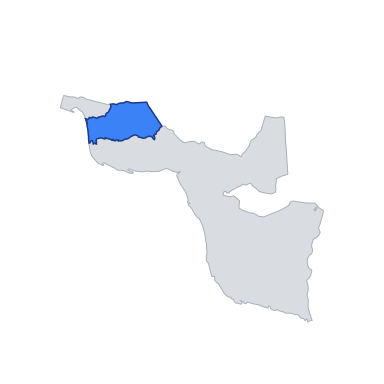 where Gaza sits in Mozambique, rotated 105°
{"feature_id": "MOZ-1207", "entity_name": "Gaza", "entity_type": "Province", "adm_level": 1, "iso_a3": "MOZ", "parent_name": "Mozambique", "parent_adm1": "", "projection": "albers", "projection_center": [33.324, -23.335], "detail": "fine", "context": "in_parent", "style": "filled", "palette": "blue", "viewbox_px": 384, "rotation_deg": 105, "n_neighbors": 0, "source": "natural_earth", "source_scale": "10m", "svg_char_len": 8400}
<svg xmlns="http://www.w3.org/2000/svg" viewBox="0 0 384 384"><g transform="rotate(105 192 192)"><path d="M117.1,258.9L119.5,256.9L135.5,238.9L136.5,238.2L135.2,235.3L137.3,231.8L137.6,226.4L138.2,225.6L140.7,223.8L144.1,218.2L146.2,213.9L146.4,211.9L143.4,206.1L142.4,202.9L143.3,200.2L143.7,197.7L143.2,196.8L141.3,195.8L141.0,194.7L141.0,193.3L141.4,192.6L143.7,191.4L144.2,190.7L146.1,183.9L145.5,178.8L145.4,173.0L145.9,166.9L145.7,163.5L144.2,159.6L144.0,156.7L145.1,154.8L145.3,153.6L141.6,153.0L139.7,151.3L132.7,148.8L127.2,148.5L122.7,144.6L119.1,144.0L114.6,141.2L100.2,140.9L99.7,140.6L99.0,131.9L98.4,129.1L96.6,126.1L96.1,124.0L96.2,122.5L104.1,119.3L119.6,114.6L123.1,113.1L149.8,104.1L150.5,104.6L153.2,109.1L157.6,114.2L158.7,113.5L165.1,112.7L166.1,112.1L168.0,111.6L170.3,111.4L171.0,111.7L173.4,114.9L174.1,120.8L174.2,124.8L173.9,127.7L172.0,131.0L170.5,135.1L168.5,137.4L168.6,138.5L170.8,141.0L171.3,142.0L171.2,144.2L171.5,145.1L173.5,146.4L175.0,148.5L180.7,154.6L182.1,155.7L183.3,156.0L183.8,157.2L183.5,158.6L182.6,159.4L182.9,160.5L184.0,161.4L186.6,161.3L186.9,160.9L186.9,155.6L186.0,152.5L184.9,151.0L187.2,145.3L188.4,143.7L192.7,143.1L194.7,142.6L195.5,141.9L196.2,140.1L196.8,135.0L197.1,130.2L196.7,127.4L197.4,123.2L198.4,120.6L197.9,120.0L197.6,116.5L187.0,102.2L180.8,95.8L179.8,95.1L176.4,94.6L174.6,92.2L173.2,79.6L171.0,70.4L174.7,64.4L175.9,60.6L176.7,60.0L179.7,59.8L190.7,60.1L193.4,60.5L194.6,60.1L197.5,57.8L199.8,57.9L203.0,59.4L204.7,60.8L204.9,61.9L207.0,62.6L211.0,62.8L213.8,62.3L215.7,61.0L217.6,60.4L219.5,60.3L221.0,60.8L222.0,61.9L223.9,62.6L226.7,63.1L229.9,62.6L233.3,61.0L235.3,59.2L236.4,56.3L237.1,55.9L241.8,55.8L244.4,56.4L247.6,58.4L253.3,55.3L256.9,54.3L260.3,54.4L263.1,53.7L265.4,52.2L267.7,51.3L272.5,50.3L275.7,48.8L284.9,42.8L285.8,44.7L287.5,46.5L285.0,48.2L287.0,49.5L285.4,51.2L285.2,52.5L285.8,53.7L284.8,55.7L283.4,57.2L283.0,58.4L284.0,60.6L283.3,64.4L284.8,70.7L284.1,72.8L284.2,77.8L283.5,79.6L284.6,80.2L285.1,82.3L284.4,85.7L282.4,87.0L282.1,88.5L284.5,88.6L284.3,93.0L284.0,94.2L284.4,95.7L283.7,97.3L284.2,104.3L284.0,109.4L284.1,110.2L286.1,111.2L286.0,112.6L284.5,114.3L284.5,117.0L286.1,114.9L287.0,115.0L287.7,115.9L287.6,119.0L287.9,120.5L287.7,121.8L285.1,124.2L284.9,126.7L283.9,127.0L283.5,127.6L284.0,129.0L283.9,130.3L282.1,134.1L273.6,142.9L273.3,144.5L271.1,147.4L268.9,147.7L267.6,148.5L268.5,151.1L257.4,157.2L256.3,158.1L254.5,160.4L250.9,161.5L247.1,161.5L246.4,162.0L237.6,164.8L235.8,166.1L232.1,167.4L226.2,170.4L221.4,173.4L215.9,178.0L215.1,180.4L212.5,183.7L208.6,187.5L206.3,190.6L206.1,192.1L204.7,192.5L203.6,191.1L203.1,193.7L202.2,193.9L201.2,193.3L196.4,196.0L192.8,199.1L187.7,205.1L180.3,210.9L178.6,211.0L176.4,209.0L175.1,208.8L176.9,211.0L176.8,216.0L175.8,221.8L175.9,223.1L180.7,229.3L182.9,236.5L183.1,240.2L185.4,245.0L186.4,252.1L186.0,258.8L187.2,259.9L187.6,258.9L187.9,254.7L188.5,253.6L189.2,253.8L189.8,256.1L189.9,258.5L189.0,263.7L189.2,265.8L190.3,269.3L188.9,273.4L186.6,284.7L187.1,285.5L188.2,285.7L188.6,284.5L189.2,284.5L189.5,285.3L188.6,289.7L187.7,291.7L184.5,296.4L182.8,298.4L180.0,300.4L173.5,303.5L160.6,308.0L152.4,311.6L145.9,315.8L143.1,318.7L141.9,321.9L139.8,325.3L141.7,328.2L144.1,330.2L145.2,326.8L145.8,326.8L144.7,340.9L135.9,341.2L133.4,340.7L131.9,340.8L131.8,334.9L130.7,330.5L131.1,327.4L130.9,325.7L129.1,324.6L128.6,321.2L129.6,318.5L129.4,296.9L126.2,286.4L121.8,278.8L121.5,275.1L119.5,266.7L117.1,258.9ZM177.0,69.6L178.2,69.1L178.4,68.0L177.6,67.5L177.0,67.6L176.6,69.3L177.0,69.6ZM176.3,67.7L175.3,66.9L174.6,67.1L174.4,67.8L175.1,68.7L175.9,68.7L176.3,67.7Z" fill="#d9dde1" stroke="#a8b0b8" stroke-width="1"/><path d="M136.9,238.5L137.6,239.1L138.5,239.7L138.8,239.8L139.9,239.8L140.3,239.8L141.0,240.1L142.9,241.6L143.2,241.7L143.4,241.8L143.8,241.8L144.8,241.7L145.0,241.7L145.3,241.8L145.6,242.0L145.8,242.3L146.0,242.5L146.0,243.1L146.4,243.2L146.8,243.2L146.9,243.4L147.3,243.6L147.6,243.7L147.8,243.4L147.9,243.1L148.1,242.8L148.5,242.4L148.8,242.2L149.8,241.8L150.2,241.7L150.5,241.8L151.2,242.0L151.1,242.4L151.0,242.6L150.9,242.8L150.4,243.4L150.1,243.9L150.0,244.0L149.9,244.2L149.6,244.4L149.3,244.8L149.1,245.1L149.0,245.3L148.9,245.5L148.9,245.8L149.2,246.8L149.2,247.0L149.1,247.4L149.1,247.6L149.1,247.8L149.2,248.0L150.9,250.3L152.1,251.2L152.1,251.3L152.2,251.8L152.2,252.1L152.3,252.4L152.8,253.2L152.8,253.4L152.8,253.6L152.8,254.0L152.5,255.2L152.5,255.3L152.6,255.8L152.6,256.1L152.6,256.5L152.8,257.5L152.8,257.8L152.8,258.0L152.7,258.1L152.2,258.3L151.9,258.5L151.8,259.3L151.7,260.0L151.5,261.1L151.5,261.3L151.5,261.5L151.7,262.0L152.7,263.6L152.9,263.7L153.0,263.8L153.2,264.0L153.4,264.1L153.6,264.4L153.7,264.7L154.0,265.2L154.3,265.5L154.9,265.8L155.0,265.9L155.1,266.0L155.5,266.3L155.8,266.5L156.0,266.6L156.1,266.8L156.2,267.0L156.3,267.1L156.7,267.4L156.9,267.5L157.1,267.8L157.4,268.3L158.0,269.2L158.1,269.5L158.1,269.9L158.1,270.2L158.1,270.3L158.3,270.5L158.5,270.6L158.7,270.9L158.9,271.0L159.1,271.3L159.3,271.5L159.5,271.7L159.9,272.0L160.0,272.0L160.2,272.3L160.6,273.0L160.8,273.3L160.9,273.5L160.9,273.8L160.9,274.0L161.2,274.5L161.3,274.9L161.3,275.4L161.3,275.6L161.5,275.9L161.8,276.1L161.9,276.3L161.7,276.5L161.2,276.6L160.9,276.7L160.9,276.8L160.8,277.0L160.9,277.3L161.1,277.6L161.1,277.8L161.2,278.0L161.3,278.2L161.4,278.3L161.5,278.4L161.5,278.7L161.6,278.8L161.7,279.0L161.8,279.0L162.1,279.0L162.3,279.2L162.6,279.7L162.6,279.8L162.5,280.0L162.4,280.1L162.4,280.3L162.5,280.5L162.5,280.8L162.4,280.9L162.3,281.0L162.2,281.1L162.1,281.3L162.0,281.5L161.7,281.7L161.7,281.8L161.6,282.0L161.8,282.1L162.0,282.0L162.1,281.9L162.3,281.9L162.5,282.0L162.7,282.5L162.8,282.6L162.8,282.8L162.7,282.9L162.6,283.0L162.5,283.3L162.3,283.7L162.3,283.8L162.3,284.2L162.2,284.6L162.2,284.9L162.2,285.1L162.2,285.4L162.2,285.7L162.2,285.9L162.2,286.0L162.3,287.5L162.2,287.8L162.3,288.0L162.2,288.1L162.2,288.3L162.0,288.5L162.0,288.8L162.0,289.0L162.1,289.5L162.1,289.8L162.3,289.7L162.5,289.7L162.9,289.8L163.0,289.8L163.3,289.8L163.3,293.8L163.4,294.1L163.4,294.4L165.5,298.0L166.4,298.0L167.1,297.9L167.3,297.8L167.5,297.7L167.8,297.5L168.0,297.5L168.2,297.4L168.4,297.3L168.5,297.2L168.8,297.2L169.2,297.1L169.3,297.0L169.6,297.0L169.8,297.0L170.2,296.8L170.3,296.7L170.4,296.8L170.5,296.8L170.6,297.0L170.4,297.2L169.9,297.7L169.8,297.9L169.7,298.1L169.9,298.4L171.1,299.7L171.2,299.8L168.7,301.1L168.5,301.3L168.3,301.4L168.4,301.6L168.4,301.9L168.5,302.2L168.5,302.4L168.6,302.6L168.8,302.8L169.1,302.9L170.4,303.0L170.9,303.2L171.4,304.1L169.2,305.0L168.7,305.1L166.9,305.9L165.9,306.0L162.2,307.4L158.8,308.7L156.3,310.0L154.3,310.7L151.9,312.0L151.2,312.2L151.5,312.0L151.7,311.8L152.0,311.6L152.1,311.3L151.9,311.4L151.2,311.7L151.1,311.9L150.9,312.1L150.4,312.1L150.1,312.2L150.3,312.6L150.6,312.5L150.4,312.9L150.0,313.1L149.1,313.5L148.8,313.8L148.7,312.9L148.8,312.5L148.9,312.1L148.8,311.7L148.7,311.4L148.6,311.1L148.4,310.9L148.2,310.8L147.9,310.7L146.7,310.6L146.6,310.4L146.5,310.2L146.6,309.8L146.6,309.7L146.5,309.2L146.5,308.8L146.5,308.7L146.5,308.4L146.5,308.2L146.4,308.0L146.3,307.9L146.1,307.8L145.9,307.8L145.5,307.7L145.4,307.7L145.3,307.4L145.2,305.5L145.2,305.4L145.3,305.3L145.4,305.2L145.4,304.8L145.2,304.5L145.2,304.2L145.2,303.9L145.5,302.9L145.5,302.7L145.3,302.6L144.5,302.2L144.2,302.1L144.0,301.9L143.8,301.7L143.7,301.1L143.6,300.9L142.5,299.2L141.8,298.4L141.8,298.2L141.7,298.1L141.6,296.3L141.7,296.0L141.6,295.9L141.6,295.7L141.4,295.7L140.9,295.5L140.7,295.4L140.5,295.2L140.3,295.2L140.0,295.3L139.6,295.4L139.5,295.5L139.4,295.5L139.2,295.5L139.0,295.4L138.8,295.3L138.3,295.0L137.8,294.8L137.7,294.8L136.8,293.7L136.7,293.6L136.2,293.4L134.3,293.1L133.8,292.9L133.7,292.9L133.2,292.8L132.8,292.7L132.6,292.5L131.6,292.4L131.2,292.3L131.0,292.2L130.9,292.2L128.7,293.3L128.4,293.5L127.4,291.4L127.3,290.6L127.1,287.4L127.1,287.1L126.8,286.8L125.7,286.0L125.4,285.7L125.2,285.3L124.5,283.7L123.8,281.4L123.5,280.8L121.8,279.0L121.5,278.4L121.4,277.6L121.7,273.4L121.6,272.8L120.3,269.2L119.6,267.0L118.7,264.2L117.8,261.5L117.0,259.1L117.2,258.8L118.5,257.8L119.6,257.0L120.5,256.0L121.4,255.0L122.3,254.0L123.1,252.9L124.9,250.9L125.8,249.9L126.7,248.9L127.6,247.9L129.4,245.8L130.3,244.8L131.2,243.8L132.1,242.8L133.0,241.8L133.8,240.8L134.7,239.8L135.6,238.8L136.2,238.1L136.9,238.5Z" fill="#3b82f6" stroke="#1e3a8a" stroke-width="1.5"/></g></svg>